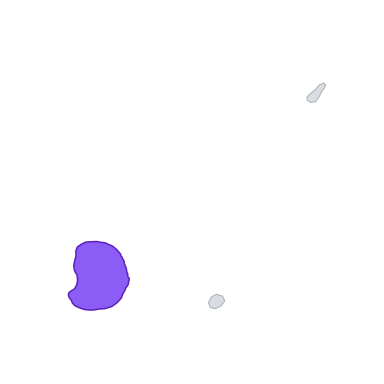 location of North Nilandhoo, Maldives, rotated 20°
{"feature_id": "70690204B63708858601891", "entity_name": "North Nilandhoo", "entity_type": "district", "adm_level": 2, "iso_a3": "MDV", "parent_name": "Maldives", "parent_adm1": "", "projection": "mercator", "projection_center": [72.923, 3.188], "detail": "fine", "context": "in_parent", "style": "filled", "palette": "violet", "viewbox_px": 384, "rotation_deg": 20, "n_neighbors": 0, "source": "geoboundaries", "source_scale": "gbopen_adm2", "svg_char_len": 3448}
<svg xmlns="http://www.w3.org/2000/svg" viewBox="0 0 384 384"><g transform="rotate(20 192 192)"><path d="M277.1,65.0L272.8,67.3L268.9,66.4L267.5,63.5L269.5,59.2L272.8,53.7L275.1,47.8L278.5,44.6L281.0,45.7L280.8,49.0L279.5,53.6L278.8,59.5L277.1,65.0ZM253.7,293.8L248.5,294.2L245.3,290.1L246.0,284.0L250.0,279.7L256.4,279.4L260.1,283.2L258.2,289.2L253.7,293.8Z" fill="#d9dde1" stroke="#a8b0b8" stroke-width="1"/><path d="M127.6,339.4L129.1,339.3L130.7,339.2L132.2,338.9L133.5,338.7L134.7,338.3L136.6,337.8L138.5,337.1L139.7,336.5L140.6,336.1L142.0,335.4L143.6,334.4L144.7,333.6L146.3,333.1L147.3,332.7L148.7,332.0L150.0,331.4L150.6,330.9L151.7,330.2L152.7,329.4L153.7,328.6L154.8,327.8L155.8,327.0L156.6,325.8L157.3,324.9L157.8,324.2L158.4,323.3L159.1,322.2L159.5,321.4L159.9,320.7L160.1,320.2L160.4,319.5L160.4,319.0L160.6,318.5L161.0,317.9L161.3,317.2L161.5,316.8L161.7,316.0L161.8,315.3L161.9,314.6L161.8,314.0L161.9,313.1L161.8,312.1L161.9,311.3L162.0,310.7L162.1,310.0L162.3,309.1L162.4,308.6L162.5,307.8L162.6,307.3L162.6,306.5L162.6,305.6L162.7,305.0L162.9,304.1L163.0,303.5L163.2,303.1L163.3,302.6L163.5,301.9L163.6,301.1L163.6,300.4L163.5,299.7L163.2,298.2L163.1,297.7L163.0,296.8L163.1,296.2L162.8,295.3L162.3,294.4L161.6,294.0L160.8,293.6L160.5,293.1L160.2,292.5L160.0,291.8L159.7,291.1L159.2,290.5L158.6,290.0L157.9,289.2L157.7,288.6L157.3,287.9L157.1,287.5L156.6,286.8L156.3,286.2L156.0,285.7L155.5,285.2L154.9,284.6L154.4,284.1L153.9,283.5L153.6,283.1L153.2,282.6L152.8,282.2L152.4,281.8L152.1,281.2L152.1,280.7L151.8,280.3L151.4,279.8L150.8,279.2L150.2,278.9L149.7,278.6L149.5,278.3L149.4,278.0L149.1,277.6L148.7,277.3L148.3,277.0L147.6,276.7L146.9,276.2L146.5,275.8L146.5,275.2L146.2,274.8L145.7,274.6L145.2,274.3L144.5,273.8L143.6,273.3L142.5,272.8L141.8,272.3L140.6,271.7L139.5,271.3L138.9,271.1L138.0,270.8L137.1,270.4L136.5,270.3L135.8,270.2L135.1,269.9L134.3,269.9L133.4,269.9L132.2,269.8L131.0,269.8L129.8,269.6L129.0,269.6L128.2,269.5L127.7,269.5L126.5,269.7L125.8,270.0L125.5,270.0L124.9,270.1L124.3,270.2L123.8,270.4L123.0,270.6L122.5,270.7L121.7,270.8L121.1,270.8L120.6,270.9L120.1,271.0L119.6,271.1L118.5,271.5L117.9,271.7L116.9,272.1L115.9,272.6L115.2,272.8L114.3,273.2L113.5,273.6L112.5,274.0L111.7,274.4L110.8,274.8L110.1,275.1L109.3,275.5L108.4,276.1L107.8,276.9L106.7,278.1L106.0,278.8L105.3,279.6L104.9,280.2L104.5,280.9L104.0,281.6L103.5,282.2L103.1,283.2L103.0,284.0L103.0,284.8L103.0,285.7L103.1,286.6L103.1,287.1L103.3,287.9L103.6,288.7L103.8,289.1L104.3,290.0L104.5,290.8L104.7,291.8L104.9,292.5L105.0,293.2L105.1,293.9L105.1,294.8L105.1,295.7L105.3,296.5L105.4,297.4L105.5,298.0L105.6,299.4L105.8,300.5L106.0,301.2L106.2,302.0L106.6,302.8L107.0,303.5L107.7,304.8L108.0,305.3L108.3,305.7L108.8,306.2L109.4,306.9L110.2,307.7L110.7,308.1L111.2,308.4L111.5,308.6L112.2,309.3L112.7,310.1L113.1,311.1L113.7,312.0L114.0,312.5L114.3,313.3L114.6,314.2L114.8,314.7L114.9,315.4L115.1,316.6L115.3,317.7L115.4,319.1L115.2,320.3L115.0,321.4L114.9,322.3L114.7,322.8L114.3,323.7L113.6,324.7L113.1,325.4L112.5,325.9L112.1,326.4L111.6,327.3L111.2,328.0L110.8,329.0L110.8,329.5L110.8,330.4L111.3,331.3L111.6,331.9L111.9,332.3L112.3,332.8L112.9,333.4L113.6,333.8L114.2,334.3L114.9,334.5L115.4,334.9L115.9,335.4L116.4,336.0L116.9,336.4L117.5,337.2L118.2,337.6L118.9,337.8L120.0,338.5L120.9,338.9L122.1,339.0L123.2,339.1L124.0,339.2L125.3,339.3L126.6,339.3L127.6,339.4Z" fill="#8b5cf6" stroke="#5b21b6" stroke-width="1.5"/></g></svg>